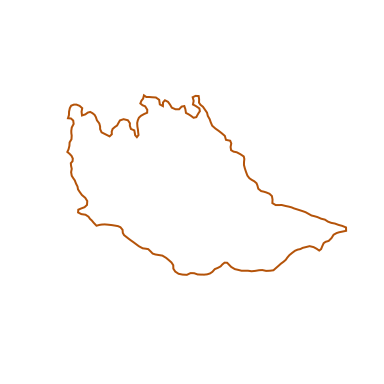 the district of Natalândia, Minas Gerais, Brazil, rotated 125°
{"feature_id": "56859067B59404569750037", "entity_name": "Natalândia", "entity_type": "district", "adm_level": 2, "iso_a3": "BRA", "parent_name": "Brazil", "parent_adm1": "Minas Gerais", "projection": "robinson", "projection_center": [-46.487, -16.539], "detail": "fine", "context": "isolated", "style": "outline", "palette": "amber", "viewbox_px": 384, "rotation_deg": 125, "n_neighbors": 0, "source": "geoboundaries", "source_scale": "gbopen_adm2", "svg_char_len": 3545}
<svg xmlns="http://www.w3.org/2000/svg" viewBox="0 0 384 384"><g transform="rotate(125 192 192)"><path d="M167.0,54.2L164.7,53.5L161.7,54.2L158.4,54.8L156.2,54.0L153.7,52.0L149.8,51.3L145.8,51.5L142.7,50.0L140.6,48.4L138.5,46.4L135.4,43.5L132.7,45.5L133.6,49.5L134.9,53.1L135.9,56.9L137.4,60.2L138.3,63.7L138.4,67.3L139.8,70.9L140.6,74.9L141.7,78.1L142.7,80.6L143.0,83.6L143.4,87.4L144.2,90.3L145.0,92.9L145.9,95.8L146.9,98.9L147.5,101.7L148.5,104.4L149.8,107.4L151.2,111.1L152.7,113.1L154.7,116.0L155.0,119.8L152.0,121.7L149.5,124.2L149.0,127.5L149.8,131.1L150.6,133.5L151.6,135.9L151.3,139.6L149.1,142.2L147.8,144.2L147.5,147.1L147.8,150.2L147.8,152.9L146.8,156.0L144.4,159.5L142.3,162.3L140.1,164.9L137.6,166.6L134.9,168.1L133.2,170.0L133.3,174.0L133.8,178.2L135.1,181.1L135.3,184.0L133.0,186.2L129.7,187.7L128.1,190.1L129.8,194.1L127.2,197.3L126.8,201.5L126.6,205.4L126.6,209.2L126.1,213.5L124.1,216.7L122.2,219.3L120.6,222.7L118.4,225.2L117.1,228.7L115.9,231.9L115.7,235.1L114.8,237.5L111.9,239.4L109.6,241.6L111.2,244.2L114.0,245.8L116.4,242.9L119.8,241.4L119.4,238.5L119.3,233.9L121.3,231.9L123.5,231.9L125.9,231.7L128.2,231.4L130.3,233.3L130.2,236.7L130.3,239.3L130.7,242.3L128.0,244.9L126.0,247.6L128.0,249.5L131.6,250.0L133.7,253.0L134.5,256.9L133.0,260.2L131.9,263.4L132.4,266.8L135.3,267.1L138.3,265.1L138.7,268.6L135.3,271.8L135.3,275.8L137.2,278.9L138.7,281.5L140.4,283.9L140.4,286.8L143.6,285.6L146.2,285.8L149.1,285.1L149.3,282.3L148.7,279.5L150.3,275.8L152.8,274.2L155.5,275.9L158.8,277.5L161.6,278.1L164.4,277.5L166.9,276.5L169.7,274.3L172.1,271.9L173.9,270.4L176.0,268.5L178.7,268.6L178.1,271.1L176.4,272.8L174.6,274.6L175.4,278.2L173.4,280.9L171.3,282.3L170.0,285.7L171.6,289.8L174.7,292.1L178.0,291.8L180.5,291.5L183.1,292.5L185.9,293.2L188.6,292.4L190.7,290.8L193.7,291.4L194.3,295.5L195.0,300.3L193.2,303.3L191.0,304.9L189.0,307.3L187.8,311.0L185.8,313.7L184.7,316.0L184.5,318.7L184.8,321.3L186.7,322.9L189.6,323.9L192.4,326.0L189.6,328.5L186.3,330.0L185.9,333.5L186.7,336.8L188.2,338.9L190.6,340.5L193.3,340.2L196.7,338.8L199.6,336.9L202.7,335.9L201.2,333.3L201.6,330.3L204.1,328.0L208.1,327.5L211.1,326.0L213.0,324.6L214.8,322.9L217.9,321.0L221.6,320.7L224.5,318.9L227.9,317.6L230.7,317.1L230.9,314.4L231.5,311.4L233.0,308.8L235.3,307.5L237.9,307.8L239.9,306.1L242.0,303.8L245.1,302.4L247.7,299.8L248.8,297.2L249.7,294.7L251.6,291.9L253.2,288.9L255.2,286.9L256.3,284.2L257.6,280.5L258.0,276.1L259.5,272.6L262.8,270.6L266.1,271.3L269.0,273.3L271.7,275.0L274.1,273.6L273.6,270.0L271.7,266.2L271.6,262.6L272.5,260.2L272.8,257.8L273.6,254.9L274.4,250.9L272.0,248.9L270.3,247.1L268.6,244.9L267.2,242.5L265.1,238.7L263.6,235.6L262.4,233.0L261.9,230.4L262.8,227.2L265.2,225.2L266.3,222.9L266.6,217.3L266.7,214.4L266.7,211.4L266.8,207.9L266.9,204.4L266.4,200.1L265.0,197.4L263.9,195.1L264.4,191.9L265.0,188.9L264.2,186.2L262.8,183.3L261.1,179.8L260.8,175.4L261.1,171.9L261.5,168.4L262.7,165.4L265.5,163.3L266.8,160.1L266.7,156.1L265.1,152.4L262.8,148.7L259.3,146.7L257.3,143.7L256.3,140.1L254.4,137.1L252.7,134.6L250.8,132.4L248.5,130.6L245.7,129.5L242.1,129.1L239.3,127.3L236.5,125.9L234.0,125.6L231.2,124.8L229.8,122.6L230.3,120.1L230.9,116.9L230.6,112.7L229.3,109.5L228.1,106.3L225.9,103.2L224.1,100.5L222.8,97.8L220.3,94.9L217.6,92.2L215.6,89.6L214.1,86.0L211.7,82.9L209.4,80.4L205.7,79.5L202.9,78.8L199.8,78.1L196.6,77.0L193.8,76.3L191.0,76.3L187.8,76.0L184.3,75.0L181.0,73.9L178.6,72.4L176.6,70.5L174.3,69.3L171.8,67.1L168.9,64.6L167.4,60.8L167.0,57.3L167.0,54.2Z" fill="none" stroke="#b45309" stroke-width="2"/></g></svg>